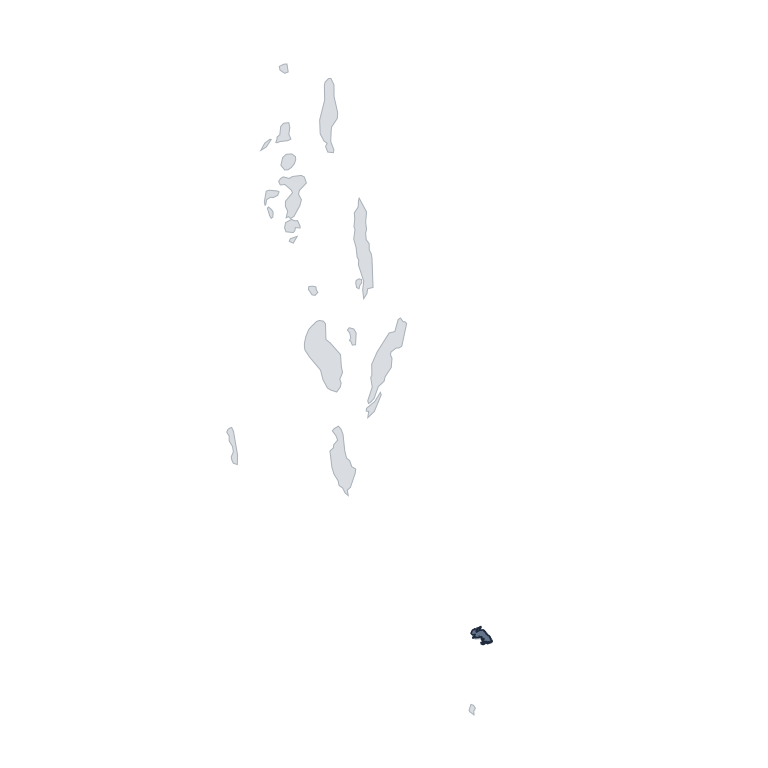 Temotu-Nende, Temotu, Solomon Islands (highlighted), rotated 48°
{"feature_id": "97153195B91208568213874", "entity_name": "Temotu-Nende", "entity_type": "district", "adm_level": 2, "iso_a3": "SLB", "parent_name": "Solomon Islands", "parent_adm1": "Temotu", "projection": "natural_earth1", "projection_center": [165.974, -10.758], "detail": "fine", "context": "in_parent", "style": "filled", "palette": "slate", "viewbox_px": 768, "rotation_deg": 48, "n_neighbors": 0, "source": "geoboundaries", "source_scale": "gbopen_adm2", "svg_char_len": 8562}
<svg xmlns="http://www.w3.org/2000/svg" viewBox="0 0 768 768"><g transform="rotate(48 384 384)"><path d="M300.1,387.2L312.1,397.4L317.3,396.5L333.0,396.6L342.3,403.9L347.8,407.2L350.9,413.7L354.6,415.2L357.0,418.5L358.3,424.5L352.6,427.8L349.1,428.7L340.0,426.5L331.3,421.9L314.0,421.3L305.9,420.0L303.1,418.3L300.5,415.9L296.4,410.3L293.2,403.6L292.7,399.8L292.4,392.4L293.4,389.7L296.7,387.0L300.1,387.2ZM354.2,326.7L367.8,345.5L367.2,348.8L365.4,351.0L364.9,357.3L366.6,359.7L370.3,360.9L376.6,367.6L379.4,378.4L382.0,382.1L382.1,390.0L388.1,401.0L388.6,406.3L388.1,408.6L385.6,407.3L378.4,394.8L370.3,389.5L369.4,387.2L361.1,379.9L355.6,367.7L349.5,346.0L352.3,340.9L345.6,330.4L345.9,327.6L350.7,328.1L351.6,326.8L354.2,326.7ZM305.3,336.1L307.0,342.0L299.7,336.8L294.1,330.3L278.3,323.3L274.9,319.7L272.0,319.2L263.9,313.4L255.9,309.4L249.8,302.2L246.9,301.0L241.8,295.3L237.0,291.6L235.2,284.8L230.5,280.1L229.3,278.1L244.4,281.8L251.4,289.3L257.4,293.5L259.5,296.6L264.9,300.7L269.7,301.1L274.6,305.3L279.0,306.5L282.4,308.7L304.9,327.5L302.3,332.5L305.3,336.1ZM407.1,457.7L414.0,461.4L418.0,460.8L423.9,463.3L428.3,461.9L431.1,465.2L438.3,478.1L438.3,482.3L443.0,485.2L439.0,485.8L433.6,484.3L429.4,485.3L425.0,482.8L417.6,481.5L411.1,478.5L397.6,469.0L397.6,464.3L395.4,461.9L394.7,456.0L389.9,454.2L384.3,453.8L383.8,451.1L384.8,446.1L389.0,446.2L394.1,448.2L407.1,457.7ZM176.4,264.5L178.2,266.8L174.0,270.6L168.4,268.5L167.1,265.2L163.2,266.0L155.5,264.1L144.7,255.1L133.2,238.0L122.3,228.6L120.2,225.7L119.9,220.8L121.4,219.0L128.2,221.0L137.0,228.8L151.4,236.9L155.4,241.0L157.9,250.9L160.4,253.8L168.2,261.4L176.4,264.5ZM191.8,322.1L195.2,327.3L199.2,338.8L198.5,342.8L195.7,343.0L195.0,345.5L191.1,339.9L186.0,338.4L182.3,335.0L180.6,323.9L177.7,323.2L169.4,324.2L166.7,327.9L162.9,326.7L162.1,323.4L162.7,320.2L167.7,317.0L168.7,312.9L173.7,305.9L176.9,304.7L182.7,307.2L183.5,317.2L185.7,320.5L191.8,322.1ZM345.7,546.9L342.0,549.0L338.5,547.9L335.9,546.3L333.7,541.4L329.1,538.4L322.6,537.1L319.2,534.0L314.6,533.1L313.3,530.4L313.7,527.7L314.4,526.3L318.6,527.6L338.8,540.4L345.7,546.9ZM133.2,302.0L132.1,302.8L130.3,299.4L129.0,298.4L129.0,294.6L123.5,288.4L123.0,284.1L126.1,279.9L130.4,282.4L134.7,287.6L139.7,289.3L138.7,292.8L134.2,299.1L133.2,302.0ZM160.6,312.0L158.4,314.6L152.5,314.3L147.9,307.7L147.9,302.9L151.4,298.5L155.7,297.7L158.1,299.4L160.3,303.1L161.1,307.8L160.6,312.0ZM210.7,350.1L205.3,355.0L201.4,353.4L198.2,349.1L199.8,342.6L203.0,341.2L204.7,338.9L210.5,340.7L211.9,342.0L208.5,345.2L210.4,347.7L210.7,350.1ZM647.0,481.1L638.0,482.5L634.5,487.0L629.9,486.6L628.4,482.8L628.4,481.0L630.8,481.3L632.1,477.6L634.8,475.8L641.0,475.0L648.5,477.0L646.8,480.3L647.0,481.1ZM397.9,409.5L398.2,418.6L394.1,413.7L392.2,415.4L390.4,413.1L390.8,402.5L387.8,392.3L390.2,393.3L397.9,409.5ZM171.6,351.9L171.6,352.8L168.6,351.1L161.9,342.5L163.1,339.7L169.1,334.2L171.0,333.4L172.7,336.8L171.2,341.9L169.3,343.2L168.5,347.9L171.6,351.9ZM322.8,369.7L327.4,370.5L335.8,378.9L333.9,381.5L330.0,380.1L328.7,380.7L327.4,377.8L323.2,375.3L319.4,375.1L318.9,372.2L322.8,369.7ZM269.6,377.8L263.2,376.9L261.3,374.7L263.5,371.6L266.3,369.6L268.8,371.4L271.7,371.9L272.0,375.9L269.6,377.8ZM86.7,249.8L81.3,251.3L77.9,249.3L79.3,244.5L81.2,242.0L88.0,246.4L86.7,249.8ZM296.5,338.9L293.9,339.8L290.1,337.5L288.4,335.3L289.2,332.1L291.4,330.8L294.0,333.0L294.2,335.3L296.5,338.9ZM690.1,538.5L685.3,539.5L683.4,539.2L680.3,533.8L682.6,532.5L686.1,533.0L687.2,536.2L690.1,538.5ZM185.5,354.8L185.4,357.0L182.3,356.3L175.3,353.0L175.1,351.4L179.1,350.9L181.9,351.3L185.5,354.8ZM129.1,312.9L128.0,319.2L125.2,311.4L125.8,305.0L126.8,304.2L129.1,312.9ZM218.6,357.2L214.6,359.0L213.3,356.5L216.2,349.7L218.6,357.2Z" fill="#d9dde1" stroke="#a8b0b8" stroke-width="1"/><path d="M647.8,476.0L647.5,475.6L646.6,475.3L646.3,475.7L646.0,475.8L645.8,475.7L645.5,475.8L645.2,475.4L645.0,475.0L644.7,475.2L644.4,475.4L644.3,475.2L644.1,475.0L643.6,474.7L643.3,474.9L642.9,474.9L642.7,474.7L642.4,474.6L642.9,474.7L643.1,474.5L642.8,474.4L642.6,474.3L642.2,474.4L642.1,474.7L641.9,474.6L641.9,474.3L641.6,474.3L640.7,474.6L640.4,474.8L640.3,475.0L640.0,474.8L639.9,474.9L639.3,474.9L639.2,475.0L639.0,474.8L638.8,474.9L638.7,475.0L638.0,474.9L637.9,474.9L637.8,475.2L637.6,475.1L637.6,474.8L637.4,474.9L637.2,474.9L636.7,474.8L636.6,474.6L636.4,474.6L636.2,474.5L635.9,474.4L635.3,474.8L635.1,474.7L635.1,474.9L634.9,474.8L634.9,475.0L634.7,475.0L634.6,474.7L634.3,474.6L634.0,474.8L633.5,474.6L633.3,474.7L633.0,474.8L632.7,475.2L632.6,475.5L632.6,475.8L632.3,476.0L632.2,476.3L632.0,476.2L631.8,476.3L631.5,476.9L631.2,477.1L631.2,477.3L631.0,477.7L631.1,477.8L631.0,478.0L630.8,478.0L630.7,478.0L630.7,478.7L630.6,479.2L630.4,479.4L630.4,479.7L630.5,479.7L630.6,479.8L630.4,480.4L630.4,480.9L630.2,481.3L629.8,481.2L629.6,481.1L629.1,480.8L629.0,480.5L628.9,479.7L629.0,478.3L629.0,478.0L628.9,478.0L628.6,478.2L628.5,478.3L628.4,478.3L628.6,478.5L628.5,478.8L628.4,478.8L628.3,479.0L628.2,478.9L627.9,479.2L627.7,479.5L627.1,480.1L626.8,480.3L626.9,480.6L626.7,480.7L626.4,480.7L626.3,481.0L626.5,480.8L626.6,481.0L626.8,481.3L626.5,481.9L626.2,482.3L626.3,482.8L626.2,483.0L626.3,483.5L626.4,483.8L626.5,484.1L626.7,484.5L627.0,484.9L627.3,485.9L627.5,486.1L628.5,486.2L629.2,486.0L629.6,486.0L630.0,485.8L630.4,485.1L630.7,484.7L630.8,484.7L630.9,483.9L631.1,483.9L631.3,484.2L631.7,485.6L631.8,486.3L631.7,487.2L631.7,487.5L632.0,487.9L632.2,488.0L632.5,487.8L632.7,487.4L633.1,485.7L633.2,485.8L633.6,485.8L634.2,485.6L634.2,485.4L634.1,485.0L634.1,484.9L634.6,484.5L634.9,484.5L635.2,483.8L635.3,483.7L635.5,483.7L635.8,483.5L635.9,483.3L635.8,482.7L635.6,482.4L636.0,482.5L636.7,481.6L637.0,481.5L637.0,481.2L636.8,481.0L636.9,480.9L637.0,480.8L637.2,481.1L637.4,480.9L637.5,481.0L637.6,480.7L637.8,480.8L637.7,481.1L637.7,481.4L638.4,482.0L638.9,482.4L639.2,482.4L639.4,482.3L639.5,482.1L639.5,481.6L639.4,481.2L639.6,480.8L639.6,480.6L640.0,480.2L640.5,480.5L640.4,480.9L640.6,481.0L640.5,481.3L640.4,481.3L640.2,481.6L639.8,482.1L639.7,482.1L639.7,482.4L639.9,482.5L640.0,482.6L640.2,482.4L640.4,482.5L640.6,482.4L640.8,482.5L641.0,482.7L641.2,482.8L641.7,482.7L641.9,482.7L642.0,482.8L642.7,482.8L642.8,482.6L642.6,482.4L642.6,482.2L642.5,482.3L642.5,482.1L642.4,481.9L642.7,481.9L642.7,481.7L642.8,481.7L643.0,481.6L643.1,481.3L643.3,481.3L643.5,481.1L643.7,481.3L643.8,481.4L643.9,481.1L644.0,481.1L644.1,481.3L644.2,481.6L644.3,481.5L644.2,481.7L644.0,481.4L644.0,481.5L643.9,481.7L643.8,481.4L643.8,481.5L643.4,481.6L643.3,481.8L643.2,481.8L643.0,482.0L642.9,482.1L642.9,482.5L643.1,482.6L643.7,482.0L644.7,481.6L645.6,481.0L646.0,480.8L646.2,480.6L646.4,480.2L646.5,479.8L646.5,479.5L646.3,479.5L646.1,479.5L646.3,479.8L646.2,479.9L646.2,480.1L646.0,480.5L645.9,480.5L645.7,480.4L645.7,480.5L645.3,480.8L645.1,481.0L644.9,481.0L644.8,481.3L644.6,481.3L644.4,481.1L644.5,481.0L644.4,480.9L644.5,480.7L644.5,480.0L644.8,479.7L644.9,479.8L645.1,479.7L645.2,479.8L645.4,479.7L645.5,479.8L645.6,479.7L645.8,479.7L645.7,479.4L645.6,479.2L645.8,479.2L646.0,479.1L646.0,478.8L645.9,478.5L646.0,478.4L646.2,478.6L646.4,478.4L646.6,478.4L646.7,478.2L646.4,477.8L646.4,477.7L646.6,477.7L646.7,477.8L646.8,477.9L647.1,477.7L647.3,477.5L647.4,477.4L647.6,476.8L647.3,476.6L647.2,476.5L647.3,476.4L647.5,476.4L647.8,476.0ZM644.5,483.2L644.5,482.9L644.3,482.7L644.0,482.7L643.7,482.8L642.9,483.3L642.5,483.7L642.4,483.8L641.9,483.9L641.2,484.3L641.0,484.8L641.6,484.9L641.7,485.1L641.9,485.1L641.9,485.3L642.1,485.6L642.3,485.6L642.8,485.3L643.1,485.3L643.9,484.7L644.1,484.5L644.5,483.2ZM630.2,476.0L630.1,475.5L629.9,475.0L629.8,474.8L629.4,474.4L629.0,474.4L628.7,475.0L628.6,476.4L628.0,477.6L628.8,477.5L628.9,477.3L629.4,477.1L629.5,477.0L629.4,477.1L629.2,477.2L629.2,477.3L629.3,477.5L629.5,477.4L629.9,477.0L629.9,476.8L630.1,476.5L630.2,476.0ZM647.1,478.7L646.9,478.8L646.5,478.7L646.5,478.8L646.4,478.9L646.6,479.0L646.6,479.3L646.8,479.3L646.9,479.2L647.1,478.7ZM647.4,477.8L647.4,477.7L647.1,477.8L647.3,477.8L647.3,478.0L647.4,477.8ZM645.3,479.9L645.1,479.8L645.0,480.1L645.3,479.9ZM643.4,481.5L643.2,481.3L643.1,481.5L643.4,481.5ZM643.6,481.4L643.4,481.5L643.5,481.5L643.6,481.4ZM643.6,481.1L643.4,481.2L643.4,481.4L643.5,481.3L643.6,481.1ZM645.3,480.3L645.4,480.1L645.2,480.2L645.3,480.3ZM643.0,482.0L643.0,481.9L642.9,481.9L642.9,482.0L643.0,482.0ZM643.4,481.5L643.4,481.4L643.4,481.5ZM645.0,479.9L644.9,479.9L644.9,480.0L645.0,479.9ZM645.2,480.3L645.3,480.2L645.2,480.2L645.2,480.3Z" fill="#64748b" stroke="#1e293b" stroke-width="1.5"/></g></svg>